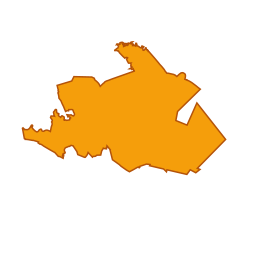 Amacuzac, Morelos, Mexico, rotated 313°
{"feature_id": "50627088B73948471129715", "entity_name": "Amacuzac", "entity_type": "district", "adm_level": 2, "iso_a3": "MEX", "parent_name": "Mexico", "parent_adm1": "Morelos", "projection": "albers", "projection_center": [-99.387, 18.588], "detail": "fine", "context": "isolated", "style": "filled", "palette": "amber", "viewbox_px": 256, "rotation_deg": 313, "n_neighbors": 0, "source": "geoboundaries", "source_scale": "gbopen_adm2", "svg_char_len": 5403}
<svg xmlns="http://www.w3.org/2000/svg" viewBox="0 0 256 256"><g transform="rotate(313 128 128)"><path d="M97.0,158.9L101.1,160.3L105.6,161.7L106.3,162.1L106.5,162.5L106.5,163.3L107.2,163.4L107.3,163.0L107.3,162.6L107.8,162.7L114.2,166.1L116.4,169.1L115.8,169.5L115.2,169.6L122.3,182.0L122.2,186.0L124.0,185.0L134.2,202.7L139.9,202.0L141.5,208.1L146.8,208.9L145.8,206.2L186.2,207.2L193.3,161.3L170.4,169.2L166.1,157.9L173.9,153.0L205.7,154.4L205.4,151.3L205.3,149.3L205.3,149.2L204.7,143.6L204.0,140.4L203.1,138.2L203.4,138.0L202.8,137.2L202.4,136.3L203.8,135.6L204.7,135.0L205.8,134.0L206.2,133.3L206.4,132.5L206.0,130.7L205.5,130.0L204.4,129.2L202.1,128.8L199.0,128.6L198.9,126.5L198.8,126.3L198.7,126.4L198.4,125.0L195.6,120.2L195.2,119.7L194.8,119.3L194.5,118.9L194.7,118.6L194.8,117.4L194.9,116.4L195.3,115.2L195.6,113.8L196.0,110.6L196.2,107.6L196.5,105.8L197.2,100.0L198.1,91.3L197.8,90.8L198.0,90.6L198.3,90.2L198.0,89.9L198.5,88.9L198.0,88.6L198.0,88.2L198.3,87.3L198.9,86.8L198.8,86.4L198.7,86.2L198.2,86.1L197.7,86.5L197.0,86.7L196.0,86.7L195.6,86.6L195.2,85.9L195.6,85.5L195.8,85.1L196.1,84.7L196.8,84.3L197.4,84.3L197.5,84.0L197.7,83.8L198.1,83.9L197.6,82.4L197.2,82.2L195.9,83.3L195.7,83.1L195.1,82.0L195.0,81.4L194.9,80.2L194.6,79.0L194.3,78.7L194.2,77.7L194.4,77.5L195.2,77.5L195.3,77.1L195.7,76.5L195.3,76.2L195.2,76.0L194.3,76.6L193.9,76.8L193.7,76.7L193.6,77.2L193.1,77.6L193.0,77.1L192.5,76.3L191.4,75.1L191.6,75.0L191.9,75.0L192.1,75.1L192.8,74.9L192.9,74.4L192.8,74.1L191.5,72.8L191.7,72.4L192.1,72.4L194.1,72.6L193.8,72.3L192.9,71.7L192.5,71.6L192.3,71.7L190.9,71.4L190.4,71.2L190.3,70.3L190.2,70.3L189.9,70.3L189.3,70.9L189.0,71.3L188.2,71.4L187.9,70.3L188.7,70.0L189.0,70.0L189.1,69.6L188.3,69.1L188.0,68.4L187.9,68.2L187.6,68.0L187.2,67.8L186.3,68.0L186.5,69.7L186.9,69.9L186.8,70.2L184.6,69.2L185.0,68.8L185.6,67.9L185.5,67.3L186.0,67.0L185.9,66.6L186.7,66.9L187.1,66.8L187.0,65.8L186.7,65.2L185.5,64.3L184.8,64.0L184.6,64.1L183.8,65.0L183.3,64.9L183.2,64.2L182.8,63.6L181.6,62.5L181.2,62.7L181.8,62.9L181.6,63.1L181.5,64.7L181.4,65.0L181.0,65.5L180.4,65.7L179.8,66.0L179.5,65.9L178.8,65.7L178.2,65.6L177.9,65.5L177.6,65.5L176.9,65.6L176.7,65.5L176.3,65.4L176.0,65.2L175.6,65.5L175.7,65.8L175.9,65.9L176.1,65.8L176.3,66.0L176.8,66.4L176.9,67.0L177.5,67.9L177.4,68.1L177.8,68.5L177.2,70.4L176.9,75.6L176.9,78.0L177.5,78.1L178.1,78.4L178.4,78.6L178.8,79.0L179.1,79.7L179.1,79.9L177.3,80.0L176.7,81.4L176.4,82.2L175.8,84.1L176.3,84.7L177.4,85.8L177.2,85.8L176.6,86.7L176.5,86.8L176.2,87.3L175.7,87.4L175.5,87.6L175.3,87.9L175.1,88.1L175.1,88.3L175.3,88.5L175.3,89.5L173.4,89.1L172.4,88.8L172.8,89.3L174.1,89.6L173.9,89.7L174.0,89.8L173.4,90.8L174.8,91.4L174.4,91.9L173.8,93.2L174.2,93.4L173.9,93.8L153.6,83.2L150.6,81.7L149.5,81.2L148.3,80.5L147.2,80.0L145.9,79.6L144.6,79.7L144.3,79.6L143.8,79.5L142.1,79.4L139.5,79.3L140.4,76.8L140.6,75.8L140.7,73.7L140.6,70.6L141.4,69.5L140.6,66.8L129.2,54.0L129.0,53.7L128.7,53.4L124.0,54.8L110.8,47.1L108.7,50.3L108.6,50.8L108.0,51.1L107.5,51.5L107.4,52.3L107.1,52.6L106.6,52.6L106.4,52.9L106.2,53.0L105.8,52.9L105.5,53.6L105.0,54.3L104.1,55.6L102.7,57.2L102.2,60.3L101.7,61.4L100.8,63.4L99.9,65.8L99.2,67.4L98.7,68.4L97.5,71.1L98.0,71.3L98.3,71.2L99.2,71.7L100.0,72.8L101.0,72.1L101.8,73.0L102.7,73.8L103.2,74.4L103.6,75.0L103.2,76.1L102.6,77.2L102.4,77.8L102.0,78.9L101.3,79.7L100.5,79.9L99.8,80.0L99.4,79.6L99.0,78.5L98.8,77.3L98.0,76.8L97.3,75.9L97.3,75.6L97.2,75.8L96.1,74.3L95.3,76.3L95.8,76.2L95.8,76.6L96.4,78.7L96.3,79.1L96.2,79.2L95.8,79.0L95.2,79.0L94.7,79.3L94.4,79.7L93.9,79.6L91.7,77.9L91.4,76.9L90.7,76.6L90.2,76.1L90.4,75.5L91.1,75.2L91.9,74.5L92.5,73.7L92.0,71.5L91.5,71.2L89.9,71.5L89.6,68.9L89.9,68.3L90.5,68.0L91.1,68.0L91.3,67.7L91.2,67.2L90.8,66.8L90.7,66.0L90.7,65.2L91.3,64.7L92.1,63.8L92.6,63.1L92.4,62.6L91.9,62.3L91.4,62.3L90.9,62.5L90.2,62.6L89.4,62.6L88.8,62.7L88.4,63.1L88.0,63.8L87.1,64.9L86.5,66.2L86.1,65.4L85.6,65.0L84.8,64.2L84.4,63.6L82.9,64.1L82.5,65.3L82.3,66.7L81.7,67.7L80.3,68.0L80.0,68.9L79.0,70.0L76.4,71.2L72.5,73.6L72.2,72.4L71.7,71.1L71.2,70.2L70.6,69.6L70.1,69.3L69.1,68.8L68.6,68.7L68.2,68.7L67.9,68.3L67.5,67.9L67.3,67.4L67.3,67.0L67.3,66.7L67.9,65.8L67.9,65.2L67.6,64.9L67.2,64.7L66.5,64.5L65.9,64.4L65.4,64.4L64.4,64.6L63.8,64.5L63.2,64.2L62.9,63.9L62.6,62.7L62.5,62.0L62.5,59.6L62.9,57.4L63.0,57.2L63.9,57.1L64.4,56.9L64.8,56.5L64.8,56.2L64.8,55.9L64.5,55.6L64.2,55.5L63.9,55.5L61.9,56.0L60.4,56.2L59.1,56.0L58.4,55.7L57.9,55.3L56.8,53.9L56.6,53.5L56.5,53.1L56.5,52.3L56.4,52.4L56.5,51.1L55.8,51.0L54.8,52.4L49.6,59.4L50.0,60.1L49.6,60.6L50.6,61.7L50.7,61.9L50.7,62.0L50.8,62.1L51.3,62.7L53.9,66.7L54.4,67.2L56.8,72.1L55.8,72.4L56.1,74.6L56.4,74.8L56.9,76.0L57.3,78.9L58.9,86.1L60.0,90.6L60.2,91.1L59.7,96.3L60.7,97.9L61.6,101.2L62.5,100.6L63.1,98.9L63.6,98.9L63.9,99.8L64.5,99.3L64.4,98.3L65.1,98.1L66.0,98.6L66.3,99.0L66.9,98.9L67.4,98.6L67.5,98.0L68.0,96.9L69.0,96.1L70.5,95.7L71.6,96.0L72.7,96.6L73.5,96.9L74.2,97.2L74.8,97.9L76.1,98.0L76.8,98.6L77.1,99.4L77.5,99.9L75.9,106.7L74.3,109.4L76.9,116.2L77.4,116.7L78.2,116.7L79.4,116.6L80.8,116.4L82.9,115.5L82.4,121.9L83.5,121.9L83.9,122.3L84.4,122.9L85.1,123.4L85.6,123.6L86.2,123.6L86.9,123.8L89.6,126.5L93.5,124.3L95.8,124.0L96.4,123.7L97.2,125.4L97.8,125.4L97.9,126.3L98.1,126.5L100.6,124.8L100.0,129.8L99.7,129.8L94.2,138.3L95.3,146.5L95.3,149.0L96.2,155.6L97.0,158.9Z" fill="#f59e0b" stroke="#b45309" stroke-width="1.5"/></g></svg>